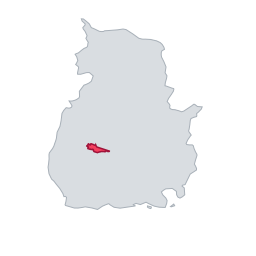 Soutr Nikom, Siemréab, Cambodia (highlighted), rotated 288°
{"feature_id": "14789045B2635302859589", "entity_name": "Soutr Nikom", "entity_type": "district", "adm_level": 2, "iso_a3": "KHM", "parent_name": "Cambodia", "parent_adm1": "Siemréab", "projection": "orthographic", "projection_center": [104.128, 13.174], "detail": "fine", "context": "in_parent", "style": "filled", "palette": "rose", "viewbox_px": 256, "rotation_deg": 288, "n_neighbors": 0, "source": "geoboundaries", "source_scale": "gbopen_adm2", "svg_char_len": 4767}
<svg xmlns="http://www.w3.org/2000/svg" viewBox="0 0 256 256"><g transform="rotate(288 128 128)"><path d="M217.4,49.9L217.9,51.9L216.5,55.6L215.0,59.1L212.1,62.1L212.0,64.3L211.1,70.9L211.5,73.0L212.2,74.8L213.2,75.7L215.8,82.1L218.2,87.9L220.6,92.7L221.0,95.7L219.0,103.4L216.7,110.5L216.9,114.0L218.0,117.6L219.2,122.2L219.7,128.3L219.2,132.2L218.1,134.6L216.0,137.1L214.1,138.4L211.9,136.4L210.1,136.3L207.7,137.0L205.8,138.0L202.1,141.7L197.8,145.3L192.0,146.2L189.7,148.9L187.3,149.3L182.6,149.5L179.6,150.1L179.7,151.5L179.5,157.7L179.6,159.2L179.2,159.6L177.1,159.8L173.5,158.9L168.6,157.4L165.2,157.1L163.5,159.9L162.4,161.0L161.1,161.1L159.7,161.6L159.3,162.9L159.2,164.4L159.9,167.0L160.1,171.1L160.0,174.0L161.3,175.8L168.7,181.7L170.9,183.2L171.1,184.1L169.9,187.4L171.0,192.0L168.7,191.9L164.8,190.0L163.0,188.8L160.8,189.7L160.0,189.6L158.5,187.3L156.5,185.0L154.4,184.9L150.1,185.8L145.7,186.5L144.1,186.5L143.4,186.9L140.8,190.3L139.7,189.8L135.3,188.5L131.3,188.0L130.4,188.9L130.9,191.7L131.8,194.4L131.3,195.6L129.1,197.0L126.1,199.6L124.3,201.6L123.1,202.1L118.6,202.1L114.2,202.3L112.4,204.2L110.7,205.7L109.2,206.1L103.4,201.4L91.8,199.8L90.6,197.7L89.5,197.3L88.4,200.0L82.0,202.6L79.4,201.0L77.4,199.1L77.7,196.8L79.5,194.9L82.7,193.6L84.2,188.8L81.8,182.7L79.7,180.9L77.5,179.5L75.1,181.8L73.1,185.6L71.1,187.6L68.2,188.1L63.9,187.9L62.3,182.1L61.8,177.1L62.4,171.5L63.0,168.1L59.0,163.4L58.8,159.0L56.8,156.7L56.2,157.9L56.3,159.2L55.7,158.2L49.3,145.2L48.3,139.2L49.4,134.6L50.1,133.1L48.2,130.6L45.7,127.8L41.1,124.2L40.8,118.4L39.8,111.7L38.5,109.4L36.4,105.2L35.3,101.7L35.0,92.6L35.5,91.9L38.8,91.7L43.0,91.0L43.6,89.6L42.9,88.3L45.6,86.3L49.4,81.8L52.4,77.1L54.5,74.1L55.8,71.1L60.1,67.0L66.0,64.1L70.0,63.4L74.2,62.5L78.2,61.1L80.1,60.9L85.1,62.6L87.8,63.1L90.6,63.1L93.5,63.2L96.0,63.1L102.1,61.9L108.6,62.8L114.3,62.1L121.5,60.7L125.0,61.5L128.2,62.9L128.6,65.7L129.3,66.9L130.4,67.9L131.8,67.9L133.6,66.0L135.2,63.9L135.6,63.6L135.7,64.6L136.5,66.7L137.9,68.8L139.2,70.3L141.5,72.1L143.0,72.2L147.9,70.4L155.2,72.9L156.1,74.2L158.5,76.8L161.1,78.7L166.8,78.8L168.8,74.1L167.8,71.3L164.5,66.4L163.6,63.5L164.6,63.0L170.1,62.4L171.0,61.8L172.2,58.6L173.7,59.0L176.7,59.4L179.9,57.2L181.8,54.9L182.8,55.9L184.0,57.5L185.3,58.4L187.6,59.8L190.2,61.7L191.8,63.6L193.1,64.3L196.3,63.7L197.2,63.8L199.1,61.5L200.4,60.2L201.5,60.5L203.2,60.5L206.5,57.5L208.4,54.8L209.5,54.0L212.6,55.3L213.8,55.1L215.5,51.3L217.4,49.9ZM60.2,174.4L59.5,174.8L58.9,174.8L58.3,174.2L58.4,172.1L58.8,170.9L59.9,170.6L60.2,174.4ZM69.8,195.0L68.5,196.4L66.4,193.5L66.4,192.7L69.8,195.0Z" fill="#d9dde1" stroke="#a8b0b8" stroke-width="1"/><path d="M96.0,96.2L96.0,96.3L96.0,96.7L96.0,96.8L96.0,97.0L96.0,97.4L96.0,97.7L96.0,97.8L96.0,98.1L96.0,98.3L96.0,98.6L96.0,98.8L96.2,99.0L96.3,99.0L96.3,99.3L96.3,99.5L96.3,99.8L96.3,100.1L96.3,100.3L96.3,100.6L96.4,100.8L96.5,100.8L96.8,100.9L96.8,101.1L96.8,101.4L96.8,101.6L96.6,101.8L96.4,102.0L96.2,102.1L95.9,102.2L95.7,102.3L95.4,102.5L95.3,102.8L95.2,102.9L95.2,103.0L95.0,103.3L95.1,103.5L95.1,104.5L95.1,106.0L95.1,106.4L95.1,106.5L95.3,106.7L95.3,106.8L95.5,107.0L95.8,107.3L95.9,107.5L96.0,107.6L96.1,107.8L96.3,108.0L96.4,108.3L96.5,108.3L96.6,108.5L96.7,108.8L96.8,108.8L96.9,109.0L97.0,109.2L97.0,109.3L97.1,109.5L97.3,109.8L97.4,110.0L97.5,110.2L97.5,110.3L97.6,110.5L97.7,110.8L97.7,111.0L97.8,111.1L97.8,111.3L97.9,111.5L98.0,111.7L98.0,111.8L98.0,112.0L98.1,112.3L98.2,112.5L98.2,112.8L98.3,112.8L98.4,113.0L98.4,113.3L98.5,113.5L98.5,113.8L98.7,114.0L98.8,114.0L99.0,114.2L99.2,114.3L99.3,114.3L99.4,114.5L99.5,114.7L99.5,114.8L99.6,115.0L99.7,115.3L99.7,115.5L99.5,115.9L99.5,116.0L99.4,116.1L99.5,116.3L99.6,116.5L99.6,116.8L99.7,117.0L99.8,117.2L99.9,117.3L100.0,117.5L100.2,117.8L100.3,117.9L100.3,118.0L100.3,117.9L100.3,117.2L100.3,116.0L100.3,112.3L100.3,110.8L100.3,107.2L100.3,106.2L100.3,104.3L101.0,103.3L102.0,102.5L101.9,102.5L101.9,102.4L101.7,102.2L101.6,101.9L101.5,101.7L101.4,101.7L101.3,101.4L101.3,101.2L101.4,100.9L101.5,100.8L101.5,100.7L101.5,100.4L101.6,100.2L101.6,99.9L101.6,99.6L101.6,99.4L101.6,99.2L101.6,98.9L101.6,98.6L101.6,98.3L101.6,98.2L101.6,97.9L101.6,97.7L101.4,97.5L101.2,97.5L100.9,97.5L100.7,97.4L100.7,97.5L100.4,97.5L100.4,97.4L100.3,97.2L100.2,97.1L100.2,96.9L100.2,96.5L100.2,96.4L100.2,96.2L100.3,96.1L100.4,95.9L100.5,95.9L100.7,95.7L100.8,95.6L100.8,95.4L100.7,95.3L100.6,95.2L100.4,95.1L100.2,95.0L99.9,95.1L99.7,95.0L99.4,95.0L99.2,95.1L99.0,94.9L98.9,94.9L98.7,94.8L98.4,94.8L98.4,94.7L98.4,94.4L98.2,94.4L98.2,94.5L98.1,94.8L97.9,94.9L97.9,95.0L97.8,95.3L97.9,95.5L97.8,95.8L97.8,96.0L97.7,96.1L97.5,96.3L97.4,96.3L97.2,96.3L97.1,96.2L96.9,96.1L96.7,96.0L96.4,96.1L96.2,96.1L96.0,96.2Z" fill="#f43f5e" stroke="#9f1239" stroke-width="1.5"/></g></svg>